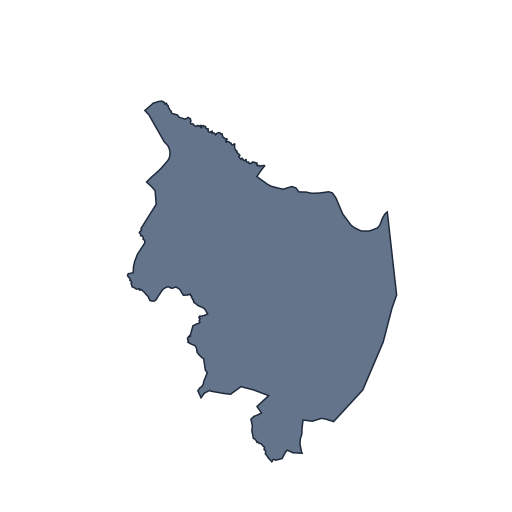 Biu, Borno, Nigeria, rotated 52°
{"feature_id": "59680162B23952502219543", "entity_name": "Biu", "entity_type": "district", "adm_level": 2, "iso_a3": "NGA", "parent_name": "Nigeria", "parent_adm1": "Borno", "projection": "albers", "projection_center": [12.028, 10.829], "detail": "fine", "context": "isolated", "style": "filled", "palette": "slate", "viewbox_px": 512, "rotation_deg": 52, "n_neighbors": 0, "source": "geoboundaries", "source_scale": "gbopen_adm2", "svg_char_len": 6018}
<svg xmlns="http://www.w3.org/2000/svg" viewBox="0 0 512 512"><g transform="rotate(52 256 256)"><path d="M302.1,125.4L302.1,126.6L302.4,129.1L304.3,133.5L307.5,138.7L307.8,139.4L308.2,140.3L308.4,141.3L308.5,142.3L308.5,143.2L308.5,143.5L307.6,146.7L306.4,150.4L305.8,151.6L305.2,152.5L301.9,156.7L300.9,157.7L299.7,158.4L294.1,161.1L293.2,161.4L290.4,162.1L276.2,161.8L259.6,157.3L253.3,157.0L250.1,159.2L248.4,162.2L244.8,168.2L243.2,170.2L242.0,172.1L240.2,174.1L236.2,177.4L234.6,179.5L231.8,182.8L227.0,182.6L223.3,185.0L220.1,193.4L216.8,196.2L211.3,200.4L210.3,201.1L206.3,202.9L204.2,203.4L199.1,205.0L193.9,206.4L191.2,197.7L190.2,193.1L189.9,194.2L189.1,194.5L188.8,195.4L188.1,196.1L187.9,197.7L187.4,197.6L186.2,198.2L186.2,199.0L184.8,199.4L184.4,198.6L184.0,198.5L183.5,198.1L183.1,198.1L182.6,198.6L182.1,198.9L181.8,199.6L181.3,199.5L180.8,199.9L180.5,200.4L179.9,200.5L179.8,201.3L180.3,202.8L179.8,203.1L179.2,204.0L178.8,204.5L178.3,204.3L178.0,204.0L177.5,204.0L177.1,204.4L176.7,205.2L175.7,205.4L174.6,204.9L174.0,204.5L173.7,204.7L173.7,205.0L173.8,205.4L173.7,206.1L173.3,206.8L172.5,206.9L171.8,206.7L171.0,206.6L170.3,206.8L170.3,207.7L170.5,208.3L169.3,208.5L168.0,208.4L166.9,208.1L166.9,207.6L166.9,206.8L164.6,206.8L163.9,207.2L162.1,207.3L162.1,206.8L161.4,206.4L161.0,206.8L159.1,206.8L157.7,206.3L155.8,204.9L155.0,204.0L154.5,203.8L154.2,204.2L154.5,204.9L154.4,205.3L153.7,206.5L153.2,206.6L152.3,206.3L151.6,206.2L150.9,206.8L149.9,207.0L149.1,207.1L148.6,207.6L148.0,208.5L147.8,209.3L147.1,209.3L146.6,209.0L146.7,208.2L146.3,207.6L146.4,207.1L145.8,206.8L145.3,207.5L144.3,208.2L143.2,208.4L141.8,208.9L138.9,207.5L138.5,208.3L137.4,208.5L136.9,208.5L136.0,209.1L135.6,209.9L135.5,210.7L135.2,211.5L135.6,213.3L135.0,213.4L134.5,213.2L133.8,213.2L133.3,213.3L132.7,213.8L132.1,215.0L131.8,214.8L131.4,214.1L130.7,213.7L130.3,214.4L130.2,215.2L129.9,216.3L129.4,216.8L128.7,217.1L127.6,216.5L127.0,215.7L126.4,215.4L125.1,216.6L124.2,216.8L123.3,216.1L122.7,216.1L122.5,216.8L122.0,217.0L121.1,217.0L120.7,217.3L120.4,218.2L120.4,218.7L121.2,219.5L121.2,220.1L121.0,220.4L119.9,220.1L119.6,219.8L119.6,219.2L119.2,219.0L118.9,219.5L118.6,220.4L118.6,221.1L117.5,221.3L117.0,221.9L117.1,222.8L117.0,223.5L116.2,223.9L114.9,224.2L112.9,224.4L111.9,225.8L110.9,226.0L110.0,225.1L109.7,224.2L108.6,223.8L107.5,223.2L106.7,223.6L105.6,223.9L104.9,224.3L104.9,225.2L105.0,226.4L104.1,227.8L101.3,229.9L98.8,231.3L97.6,231.1L96.4,231.1L91.9,234.4L90.7,234.3L89.9,233.7L88.3,234.0L86.4,233.6L85.5,233.7L84.3,233.1L83.7,232.7L83.2,232.8L82.6,233.1L82.1,232.9L81.3,232.7L80.4,232.7L80.5,233.8L80.2,234.2L79.6,234.2L79.3,233.8L78.6,233.7L78.1,233.9L77.4,234.0L77.0,234.4L76.5,234.7L75.8,234.9L75.7,235.5L74.5,237.1L72.2,243.2L72.5,245.1L72.9,254.0L78.7,253.5L109.5,258.0L113.5,257.6L115.0,257.6L117.0,258.0L119.0,258.7L120.7,259.6L122.4,260.8L124.0,262.2L125.1,263.7L126.2,265.9L126.6,267.1L128.5,277.0L129.0,281.0L129.3,286.8L129.5,290.1L130.3,296.7L137.2,295.6L142.4,295.3L153.8,302.8L163.5,329.7L164.2,330.0L164.7,329.9L165.2,330.4L165.4,332.9L165.8,333.6L167.9,333.5L168.6,333.9L169.0,334.4L170.2,333.4L170.8,333.2L172.4,333.7L172.7,334.2L173.2,334.7L174.3,334.4L174.9,334.1L177.2,335.4L181.6,348.3L185.7,355.1L189.2,359.3L193.6,363.1L191.3,367.6L192.3,369.3L193.9,369.5L196.4,369.2L197.6,370.4L199.3,369.9L200.4,370.3L200.6,371.4L202.4,371.8L204.0,372.6L206.6,371.2L208.3,370.7L209.6,369.2L209.8,367.9L210.8,367.8L211.3,368.5L211.9,367.3L213.1,366.8L214.7,366.6L216.4,366.2L217.6,366.4L220.3,366.1L221.6,365.8L222.9,366.5L224.3,366.5L225.6,367.0L227.4,365.8L228.7,364.3L229.1,362.6L228.7,360.7L227.7,358.4L225.3,351.0L225.0,349.6L225.1,347.9L225.5,345.8L226.1,344.1L229.2,342.6L230.1,341.3L231.0,338.4L233.4,337.2L236.6,336.5L238.6,337.1L242.3,337.4L244.0,334.7L244.7,334.0L245.3,331.6L245.6,331.3L246.0,331.3L246.2,331.6L246.5,331.9L247.0,331.9L247.4,331.7L247.6,331.4L248.1,331.4L248.3,331.6L248.8,332.3L249.9,332.3L250.3,332.2L250.6,332.5L251.2,332.6L251.7,332.7L252.0,332.4L252.3,332.5L252.9,332.9L253.3,333.0L253.5,333.0L253.8,333.4L254.4,333.6L255.9,332.9L259.3,332.3L264.1,329.6L266.8,329.0L272.0,329.9L270.9,333.7L269.5,336.6L268.9,337.1L268.7,337.6L269.0,337.8L269.1,338.1L269.1,338.6L269.2,338.8L269.7,338.9L269.8,339.0L270.0,339.0L270.4,338.6L270.7,338.6L270.9,338.7L271.7,339.9L271.7,340.3L271.8,340.5L272.1,340.7L272.7,340.8L273.1,340.8L273.7,341.0L273.6,341.4L273.8,342.1L273.8,342.4L273.0,344.7L272.2,348.7L278.0,356.6L277.9,357.2L278.1,357.2L278.3,356.9L278.5,357.0L278.7,357.4L278.9,357.4L278.9,357.6L278.7,357.7L278.6,357.8L278.4,357.6L278.4,357.8L278.3,358.0L278.5,358.3L278.5,358.5L278.4,358.8L278.2,358.9L278.0,359.0L278.5,359.8L278.6,360.5L279.2,361.0L279.7,361.3L280.2,361.2L280.7,361.6L280.8,361.5L281.1,361.7L281.4,361.7L281.6,361.9L281.7,362.1L281.8,362.1L282.0,362.7L284.5,361.8L286.9,360.5L288.6,359.5L290.5,359.3L292.7,360.0L295.3,361.6L298.3,361.8L302.7,361.2L304.7,360.5L314.7,366.2L317.5,366.2L318.0,366.3L322.8,374.6L324.3,376.2L325.3,378.2L325.4,381.7L326.4,384.8L333.9,386.6L332.3,381.0L333.4,375.3L334.6,374.9L344.2,366.3L349.3,361.1L349.7,348.1L351.0,347.3L360.0,340.4L373.8,332.0L375.2,347.9L383.1,348.3L381.9,353.9L381.1,356.4L381.5,360.5L387.7,363.5L390.9,366.7L398.2,370.4L399.1,369.7L399.7,369.6L401.7,369.5L402.9,369.9L403.5,370.0L403.7,369.6L403.7,369.2L404.1,369.0L404.7,368.8L405.0,369.0L405.2,368.9L405.7,368.6L406.2,368.4L406.4,368.1L407.3,367.4L408.1,367.5L409.3,367.5L409.9,367.4L411.3,367.2L411.9,367.2L412.5,367.5L413.1,368.5L413.4,368.8L413.9,368.8L415.1,368.5L415.5,368.5L416.0,368.7L416.9,369.7L417.6,370.4L418.1,370.4L418.7,370.2L420.1,370.4L422.0,370.4L422.3,370.7L427.9,370.2L427.5,369.0L427.0,368.3L427.0,367.2L429.0,366.3L431.7,360.1L428.9,353.9L428.2,350.9L433.6,348.2L439.8,341.1L438.6,340.8L431.2,337.1L427.1,333.3L424.5,329.4L420.0,325.7L414.2,319.9L420.9,313.3L424.2,304.4L427.7,301.3L434.3,296.8L427.3,254.3L402.1,208.7L380.8,180.9L373.3,169.2L302.1,125.4Z" fill="#64748b" stroke="#1e293b" stroke-width="1.5"/></g></svg>